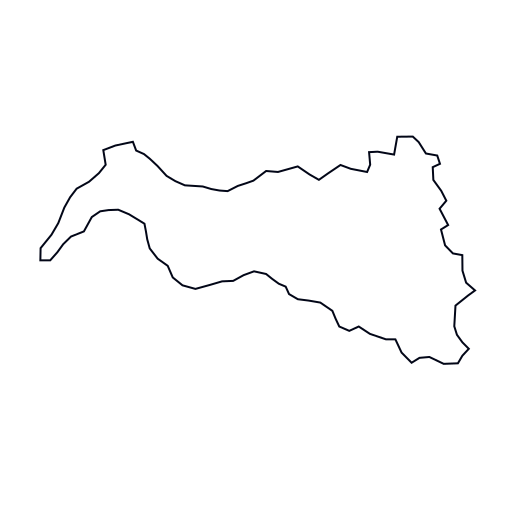 Santa Amélia, Paraná, Brazil (orthographic projection), rotated 175°
{"feature_id": "56859067B11032628031233", "entity_name": "Santa Amélia", "entity_type": "district", "adm_level": 2, "iso_a3": "BRA", "parent_name": "Brazil", "parent_adm1": "Paraná", "projection": "orthographic", "projection_center": [-50.399, -23.254], "detail": "fine", "context": "isolated", "style": "outline", "palette": "ink", "viewbox_px": 512, "rotation_deg": 175, "n_neighbors": 0, "source": "geoboundaries", "source_scale": "gbopen_adm2", "svg_char_len": 1494}
<svg xmlns="http://www.w3.org/2000/svg" viewBox="0 0 512 512"><g transform="rotate(175 256 256)"><path d="M471.2,270.5L461.4,269.6L453.6,277.0L447.0,284.6L438.6,291.5L425.3,295.5L416.2,309.1L407.3,314.1L398.9,314.6L389.2,314.1L378.8,308.6L364.3,297.9L363.5,290.1L362.9,282.1L361.2,272.8L354.2,261.9L344.8,253.9L340.8,241.9L331.8,233.2L319.2,228.5L304.5,231.2L292.0,233.7L280.9,233.2L270.0,238.0L259.3,240.9L247.5,237.2L242.0,231.9L235.7,226.4L229.1,222.9L226.4,215.2L218.1,209.3L207.4,207.0L196.0,204.0L184.7,194.7L182.2,186.7L179.2,178.5L169.6,173.3L159.8,176.8L149.3,168.5L133.9,161.7L124.4,160.8L119.4,147.1L110.3,136.1L102.0,140.3L92.1,140.3L78.4,132.2L64.2,131.5L59.1,138.7L52.1,145.0L57.9,152.0L62.7,160.0L64.6,168.7L61.6,189.2L48.1,198.2L40.8,202.6L49.0,211.1L51.6,223.4L50.4,238.9L59.6,241.4L66.7,250.1L69.4,266.3L61.9,270.1L69.0,287.1L61.6,294.5L65.8,304.8L72.7,316.3L72.2,329.1L64.7,331.8L66.7,340.3L77.8,343.3L84.0,355.3L89.4,361.3L104.9,362.5L109.6,345.0L125.7,349.3L134.3,349.6L134.3,337.0L138.0,330.0L154.0,334.6L163.9,339.3L176.9,332.1L186.7,326.4L195.6,332.6L206.6,341.6L226.8,337.8L238.5,339.8L252.0,331.3L259.3,329.4L268.0,327.4L278.6,323.1L286.6,324.4L294.7,326.6L303.0,329.9L320.7,332.6L329.8,337.6L338.1,343.6L346.3,354.3L353.4,362.2L358.7,367.3L366.2,371.5L368.7,380.5L386.5,378.3L398.9,374.8L397.8,360.0L405.3,352.2L415.9,344.5L428.8,338.7L436.0,330.8L442.7,321.0L450.1,306.0L457.9,295.0L469.9,282.6L471.2,270.5Z" fill="none" stroke="#020617" stroke-width="2"/></g></svg>